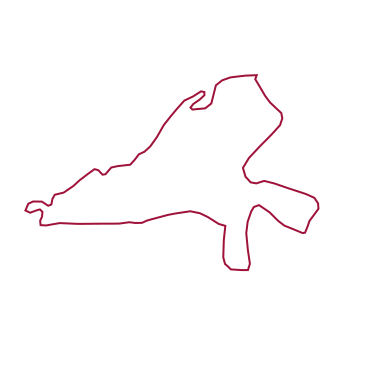 Al-Risafa, Baghdad, Iraq (Natural Earth projection), rotated 224°
{"feature_id": "34846034B3571197787035", "entity_name": "Al-Risafa", "entity_type": "district", "adm_level": 2, "iso_a3": "IRQ", "parent_name": "Iraq", "parent_adm1": "Baghdad", "projection": "natural_earth1", "projection_center": [44.486, 33.326], "detail": "fine", "context": "isolated", "style": "outline", "palette": "rose", "viewbox_px": 384, "rotation_deg": 224, "n_neighbors": 0, "source": "geoboundaries", "source_scale": "gbopen_adm2", "svg_char_len": 1584}
<svg xmlns="http://www.w3.org/2000/svg" viewBox="0 0 384 384"><g transform="rotate(224 192 192)"><path d="M97.5,174.7L100.5,180.6L111.9,189.4L124.4,200.1L131.2,209.1L135.8,218.9L137.1,224.1L134.7,229.1L122.0,231.3L109.8,231.1L102.1,232.0L93.3,235.6L83.9,239.3L82.4,241.3L85.1,247.9L87.4,252.8L88.3,259.9L89.4,267.8L92.0,270.1L93.4,271.4L99.9,272.8L108.4,269.8L125.1,261.7L138.8,255.3L147.8,250.1L151.7,242.9L156.5,239.7L164.2,240.2L172.1,244.7L174.7,256.2L174.7,258.2L174.9,272.1L174.7,288.6L175.1,301.3L178.2,307.7L182.6,310.8L198.1,310.6L206.4,312.0L216.0,314.7L224.9,317.1L226.6,321.0L234.5,312.7L241.5,304.2L244.1,300.9L247.9,293.2L248.9,285.3L239.6,269.1L240.6,261.4L244.7,256.6L247.7,253.1L249.0,251.6L251.7,251.7L252.2,256.2L250.7,263.5L250.3,270.2L252.5,272.5L255.4,270.7L257.6,261.5L261.0,252.5L260.6,241.7L259.9,231.6L258.8,220.6L255.4,207.2L253.7,195.8L254.2,187.9L256.4,182.2L255.6,175.4L255.4,168.7L263.5,158.9L267.1,153.5L266.6,144.7L268.4,142.3L274.5,142.6L278.0,140.7L279.5,132.3L281.0,122.3L281.5,114.0L283.9,102.4L288.8,94.7L287.6,90.1L284.5,85.3L285.9,82.2L293.3,80.8L299.7,74.8L301.6,69.8L299.0,63.0L294.0,64.7L292.4,68.1L290.5,71.9L289.3,73.8L285.8,73.8L284.2,71.9L282.7,70.0L281.3,65.9L277.9,63.0L273.7,66.6L268.7,73.5L267.5,75.1L265.5,77.8L251.6,90.1L238.2,103.3L222.5,118.6L216.1,126.7L211.3,130.3L206.6,135.0L204.5,140.3L200.2,147.5L193.4,158.8L189.4,164.5L179.9,176.9L171.6,182.2L163.2,185.0L150.6,187.6L144.5,190.8L135.8,179.6L124.1,166.7L118.3,163.2L114.4,163.4L110.3,163.3L102.3,170.1L97.5,174.7Z" fill="none" stroke="#9f1239" stroke-width="2"/></g></svg>